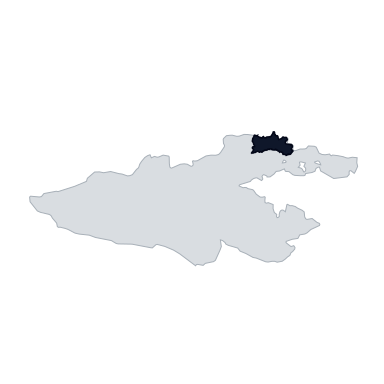 Chong-Alay, Osh, Kyrgyzstan shown in context, rotated 189°
{"feature_id": "92254566B65536554507768", "entity_name": "Chong-Alay", "entity_type": "district", "adm_level": 2, "iso_a3": "KGZ", "parent_name": "Kyrgyzstan", "parent_adm1": "Osh", "projection": "robinson", "projection_center": [72.267, 39.516], "detail": "fine", "context": "in_parent", "style": "filled", "palette": "ink", "viewbox_px": 384, "rotation_deg": 189, "n_neighbors": 0, "source": "geoboundaries", "source_scale": "gbopen_adm2", "svg_char_len": 8624}
<svg xmlns="http://www.w3.org/2000/svg" viewBox="0 0 384 384"><g transform="rotate(189 192 192)"><path d="M83.0,226.2L84.0,225.6L87.0,225.1L93.1,224.5L95.2,224.9L99.4,227.3L102.6,227.0L103.2,227.3L104.4,229.3L108.9,226.4L112.1,225.5L113.8,222.6L117.3,219.1L120.2,218.6L120.3,219.1L120.8,219.6L123.9,220.4L124.8,219.5L125.3,218.3L124.2,216.2L124.2,215.4L125.1,214.2L130.0,216.1L131.0,216.0L133.2,215.0L135.2,213.1L136.0,211.6L145.8,206.8L146.5,205.9L146.4,205.3L142.2,204.2L140.4,204.8L138.6,204.8L137.6,204.1L132.6,203.8L131.5,203.3L128.2,199.9L124.0,197.7L122.0,197.8L119.6,198.7L118.9,198.3L118.7,195.0L118.2,193.0L116.8,192.6L115.0,193.4L109.9,192.3L109.3,188.2L107.5,184.6L104.8,183.1L104.7,180.9L103.8,180.0L103.0,180.3L102.0,181.4L102.4,183.8L102.1,186.2L101.5,187.4L100.3,188.3L99.0,188.3L96.7,187.1L96.3,194.4L95.8,194.8L93.1,193.8L90.9,194.2L87.7,193.8L85.2,192.6L80.4,191.2L78.1,189.9L76.8,185.0L75.5,183.3L74.2,182.9L69.2,184.6L63.9,181.6L61.4,181.0L60.7,180.1L60.8,178.9L68.8,173.5L71.9,169.7L73.9,168.2L78.9,166.5L80.0,163.0L80.5,162.6L85.6,161.0L91.2,158.0L91.4,157.1L90.8,156.4L85.7,153.6L83.1,154.9L81.6,153.3L81.6,151.7L83.3,148.9L84.8,147.4L85.4,144.7L87.4,142.9L89.6,140.1L92.1,137.7L96.9,136.0L99.6,136.5L102.0,136.1L105.9,134.7L108.3,134.6L118.2,136.8L121.5,136.9L129.2,139.7L135.2,141.1L138.1,143.8L147.8,145.0L150.5,145.9L151.4,147.2L154.2,148.8L156.5,149.2L154.5,142.7L155.3,138.8L158.2,128.2L159.8,126.6L167.7,123.6L169.5,121.3L175.1,121.4L176.3,121.0L176.9,119.7L194.5,129.0L201.1,131.7L210.3,134.0L218.1,134.8L219.4,134.3L222.4,130.6L223.9,130.5L243.1,131.1L256.8,129.2L258.8,129.3L264.0,131.4L280.3,132.0L286.7,133.3L296.8,132.8L301.1,133.1L308.8,135.7L311.6,136.2L316.6,136.6L318.5,136.2L319.6,136.8L320.8,140.1L325.7,144.3L327.5,146.6L329.3,147.5L338.4,148.2L341.8,149.1L350.4,157.0L351.6,161.6L350.8,162.6L342.0,163.2L340.0,163.9L338.0,167.3L326.2,171.5L324.4,171.4L308.7,179.3L297.9,186.0L297.5,189.2L291.3,196.5L286.4,197.4L282.3,197.2L275.6,199.5L266.9,198.7L264.0,198.8L258.3,197.8L256.0,198.4L253.6,199.8L250.3,205.7L249.0,207.0L248.4,208.4L248.0,211.2L246.7,214.2L244.0,218.7L241.6,220.9L239.3,222.2L237.5,219.4L234.6,221.3L231.8,220.9L230.1,221.5L226.3,223.9L220.6,223.8L220.0,223.0L218.8,216.4L217.8,213.2L216.9,212.5L215.9,212.4L207.8,217.6L204.1,218.6L201.0,218.7L196.9,217.2L196.0,217.6L195.3,218.4L195.1,219.5L196.3,222.4L195.9,223.0L194.1,223.0L191.6,223.7L183.8,229.8L178.9,231.4L174.3,232.0L171.6,233.2L170.0,235.4L167.1,241.8L167.2,243.2L168.5,244.9L169.4,248.8L169.2,249.8L166.8,253.0L163.6,253.9L161.2,254.4L156.4,254.0L154.0,254.6L149.6,257.0L145.9,257.5L138.9,257.6L132.1,256.6L129.9,257.0L123.9,258.4L121.8,260.7L120.7,262.7L120.1,263.0L117.7,261.1L114.6,257.8L113.1,257.9L107.7,260.6L106.9,260.5L105.3,259.5L105.5,255.3L103.8,254.5L100.1,254.2L98.8,253.3L99.3,250.6L98.9,249.6L97.9,248.9L96.0,249.1L92.1,251.3L87.6,252.1L86.0,252.8L84.2,255.7L78.2,256.3L76.3,255.7L72.6,250.3L69.5,249.4L66.3,249.6L62.0,251.0L61.0,249.9L59.9,249.6L58.9,250.5L53.6,250.7L48.2,250.5L45.1,249.9L43.1,249.9L39.1,251.4L34.3,251.7L33.8,246.6L32.4,243.2L33.9,237.6L34.7,235.8L38.4,237.9L39.7,237.6L40.0,236.5L39.5,233.9L41.3,231.2L54.1,227.5L68.2,232.9L70.0,236.5L71.2,236.3L73.2,234.7L73.8,231.7L76.6,230.0L82.7,228.0L83.0,226.2ZM90.2,238.5L90.5,238.0L89.4,235.4L90.9,233.0L88.0,232.6L86.6,231.8L84.9,229.4L84.4,229.3L83.5,230.0L83.1,231.6L83.5,233.3L85.5,234.9L84.5,238.4L88.7,238.8L90.2,238.5ZM75.5,240.9L75.4,240.2L74.4,239.8L69.1,238.9L69.3,239.6L71.3,242.2L72.8,242.3L75.5,240.9ZM107.0,236.5L107.3,234.8L104.1,235.8L103.7,236.6L104.8,237.6L106.2,238.0L107.0,236.5Z" fill="#d9dde1" stroke="#a8b0b8" stroke-width="1"/><path d="M99.9,246.0L99.8,246.3L99.8,246.5L99.7,246.6L99.4,246.9L99.5,247.0L99.4,247.2L99.5,247.6L99.4,247.6L99.2,247.9L99.2,248.0L98.9,248.2L98.7,248.2L98.7,248.4L98.8,248.5L99.2,248.6L99.3,248.6L99.5,248.8L99.5,249.0L99.9,249.0L100.0,249.0L100.3,249.3L100.3,249.5L100.6,249.7L100.6,249.8L100.6,250.0L100.6,250.5L100.5,250.9L100.2,251.4L100.0,251.9L100.0,252.4L100.3,253.5L100.5,254.0L101.1,254.1L101.3,254.2L101.5,254.4L101.6,254.5L101.7,254.4L101.8,254.2L102.0,254.0L102.3,253.9L102.5,254.4L102.6,254.5L104.8,254.1L105.5,254.2L106.0,254.1L106.4,254.1L107.1,254.6L107.5,255.1L107.6,256.0L107.5,256.8L107.4,257.0L106.7,257.3L106.3,257.9L106.1,258.9L106.4,259.3L106.9,260.2L107.2,260.5L107.6,260.7L108.1,260.6L108.6,260.4L108.9,260.3L109.8,260.4L110.4,260.6L110.8,260.5L111.0,260.4L111.4,259.7L111.8,259.1L112.2,258.6L112.5,258.5L113.2,258.0L113.7,257.9L114.4,257.3L114.6,257.4L114.9,257.6L115.1,257.9L115.3,258.9L115.6,259.3L115.6,259.5L115.7,259.9L115.8,260.2L115.9,260.3L116.0,260.5L116.3,260.7L116.5,260.9L116.8,260.8L117.4,260.8L117.4,260.7L117.9,260.7L117.9,260.8L118.1,260.9L118.5,260.8L118.7,261.0L118.7,261.3L118.7,261.5L118.8,261.8L119.1,261.8L119.3,261.8L119.6,262.1L119.5,262.4L119.6,262.7L119.8,263.2L119.7,263.6L119.8,263.8L120.0,264.1L120.3,264.3L120.6,264.3L121.1,263.8L121.3,263.7L121.1,263.3L121.2,262.7L121.3,262.6L121.3,262.4L121.5,262.3L121.6,261.9L121.8,261.4L121.8,261.1L122.0,261.0L122.2,260.6L122.3,260.3L122.2,260.1L122.4,259.8L122.5,259.7L122.7,259.3L123.1,259.1L123.2,258.9L123.3,258.7L123.6,258.5L123.9,258.6L124.1,258.5L124.5,258.7L124.8,258.5L125.1,258.2L125.5,258.1L125.8,258.2L126.0,258.2L126.7,258.0L126.9,257.9L127.0,257.7L127.3,257.5L127.3,257.3L127.4,257.0L127.8,256.9L128.1,257.0L128.4,256.9L128.7,256.8L129.3,256.8L129.5,256.9L129.5,257.1L129.7,257.3L129.8,257.6L129.9,257.8L130.0,257.9L130.3,257.6L130.6,257.6L130.8,257.4L131.0,257.2L131.1,256.8L131.2,256.7L131.3,256.5L131.3,256.4L131.5,256.3L131.5,256.2L131.8,256.2L131.9,256.4L132.0,256.4L132.3,256.4L132.5,256.4L133.0,256.6L133.6,256.3L133.8,256.3L134.0,256.6L134.4,256.7L134.5,256.8L134.8,257.0L135.1,257.0L135.4,257.1L135.9,257.4L136.3,257.5L136.4,257.8L136.3,258.1L136.5,258.0L136.8,257.9L137.0,257.8L137.2,257.6L137.3,257.5L137.5,257.4L137.7,257.5L137.8,257.5L138.0,257.7L138.1,257.8L138.5,257.9L138.8,258.0L139.0,258.0L139.4,257.7L139.5,257.6L139.4,257.3L139.4,257.0L140.1,254.9L140.3,254.5L140.2,254.2L140.4,254.1L140.3,253.4L140.4,253.0L140.4,252.2L140.3,251.4L139.9,251.0L139.3,250.5L138.7,249.4L138.7,249.0L138.2,248.4L137.2,247.0L137.2,246.6L138.7,246.3L139.2,245.8L139.3,245.4L139.3,245.0L139.1,244.6L139.0,244.4L138.7,244.2L138.3,244.0L137.9,243.8L137.7,243.6L137.6,243.3L138.4,241.7L138.7,241.3L138.8,240.7L139.1,240.3L139.3,240.0L139.3,239.9L139.1,239.9L138.9,239.7L138.7,239.9L138.4,240.1L138.2,240.2L137.9,240.0L137.7,240.0L137.3,240.6L136.4,240.7L136.3,240.8L136.1,240.9L135.8,240.9L135.6,241.0L135.2,241.3L135.3,241.5L135.3,241.9L135.2,242.0L134.9,241.9L134.7,242.1L134.4,242.1L133.6,242.5L133.4,242.6L133.1,242.4L132.8,242.3L132.6,242.3L132.5,242.2L132.4,242.2L131.7,241.8L131.4,241.9L131.4,242.1L131.2,242.1L131.0,242.3L130.9,242.5L130.7,242.6L130.3,242.7L129.8,242.3L129.6,242.4L129.3,242.4L129.2,242.3L128.9,242.4L128.8,242.8L128.6,243.2L128.4,243.1L128.0,243.6L127.9,243.6L127.8,243.8L127.6,244.1L127.2,244.1L127.1,244.4L126.7,244.5L126.5,244.9L126.3,244.9L126.2,244.8L126.0,244.7L125.9,244.8L125.6,245.0L125.4,245.2L125.0,245.3L124.8,245.0L124.6,245.1L124.5,245.3L124.3,245.4L124.2,245.4L123.9,245.5L123.9,245.9L123.7,245.9L123.6,246.1L123.3,246.3L123.1,246.2L122.9,246.2L122.7,246.3L122.4,246.3L122.2,246.2L122.1,246.4L121.8,246.5L121.7,246.6L121.7,246.8L121.4,246.8L120.8,247.0L120.7,246.8L120.5,246.7L120.4,246.5L120.2,246.8L119.9,246.8L119.8,246.7L119.5,246.6L119.4,246.6L119.2,246.6L119.1,246.4L118.8,246.3L118.6,246.3L118.5,246.2L118.4,246.3L118.1,246.3L117.9,246.4L117.6,246.5L117.3,246.4L117.2,246.4L117.2,246.5L116.9,246.8L116.6,247.0L116.5,246.9L116.1,247.3L115.9,247.3L115.8,247.1L115.8,246.9L115.7,246.8L115.8,246.6L115.6,246.5L115.3,246.6L115.1,246.5L114.9,246.6L115.0,246.9L114.8,246.9L114.2,246.6L113.4,246.3L113.6,246.2L113.4,245.9L113.2,246.0L112.7,245.8L112.4,245.9L112.2,245.7L111.9,245.6L112.0,245.3L111.8,245.1L111.7,245.3L111.6,245.2L111.4,245.4L111.0,245.4L110.7,245.3L110.4,245.5L109.9,245.7L109.7,245.6L109.7,245.4L109.4,245.3L109.4,245.1L108.9,244.9L108.6,244.9L108.2,244.6L108.1,244.3L108.1,244.2L108.3,244.2L108.3,243.8L108.1,243.6L107.9,243.4L107.6,243.5L107.3,243.6L107.2,243.5L106.6,243.6L106.2,243.5L105.8,243.6L105.3,243.4L105.2,243.3L105.1,243.2L104.8,243.2L104.7,242.9L104.4,243.0L104.0,243.3L103.9,243.5L103.8,243.8L103.5,243.8L103.4,243.8L103.5,244.0L103.4,244.2L103.0,244.3L102.9,244.2L102.6,244.4L102.6,244.5L102.3,244.4L102.1,244.4L101.7,244.6L101.3,244.4L101.1,244.7L100.8,244.8L100.6,244.8L100.6,245.1L100.5,245.3L100.4,245.7L100.2,246.0L99.9,246.0Z" fill="#0f172a" stroke="#020617" stroke-width="1.5"/></g></svg>